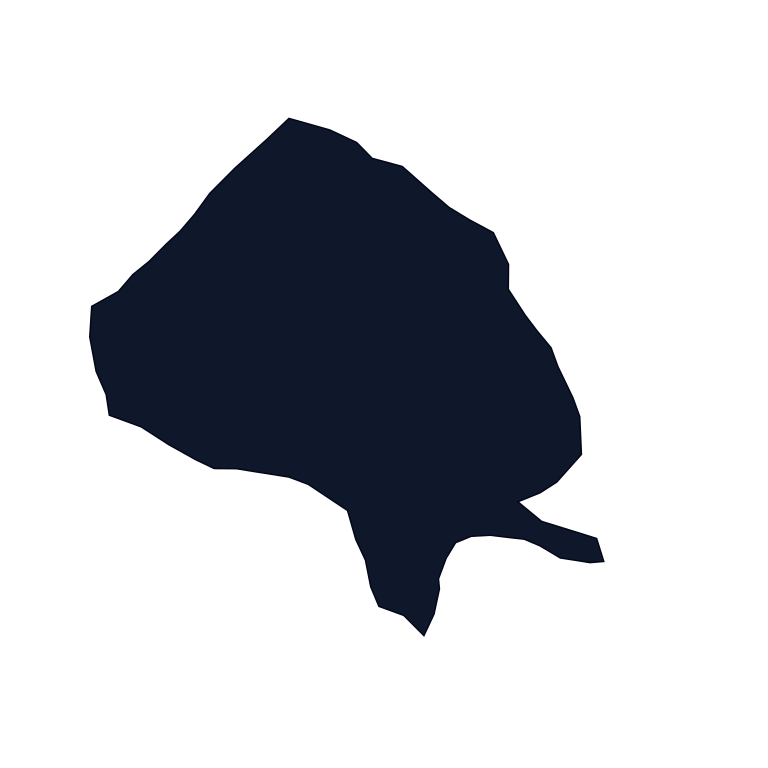 the district of Gypsou, Cyprus, rotated 126°
{"feature_id": "46923920B91151164993764", "entity_name": "Gypsou", "entity_type": "district", "adm_level": 2, "iso_a3": "CYP", "parent_name": "Cyprus", "parent_adm1": "", "projection": "robinson", "projection_center": [33.795, 35.283], "detail": "fine", "context": "isolated", "style": "filled", "palette": "ink", "viewbox_px": 768, "rotation_deg": 126, "n_neighbors": 0, "source": "geoboundaries", "source_scale": "gbopen_adm2", "svg_char_len": 999}
<svg xmlns="http://www.w3.org/2000/svg" viewBox="0 0 768 768"><g transform="rotate(126 384 384)"><path d="M398.4,101.9L384.0,121.2L393.2,148.4L402.5,175.7L400.6,206.5L380.3,193.8L361.8,186.6L324.9,182.9L295.3,206.5L284.2,222.9L267.6,253.7L256.5,270.1L250.9,291.9L245.4,310.0L234.3,339.1L214.0,353.6L197.3,384.5L201.0,411.7L202.9,435.3L201.0,459.0L197.3,497.1L208.4,526.2L204.7,548.0L210.3,577.0L225.0,617.0L254.6,622.5L297.1,631.5L332.2,637.0L358.1,637.0L380.3,638.8L398.8,642.4L422.8,646.1L443.1,651.5L465.3,653.3L493.0,666.1L518.9,649.7L543.0,624.3L555.9,602.5L570.7,587.9L561.4,555.2L559.6,522.5L555.9,491.7L552.2,471.7L539.2,453.5L530.0,435.3L515.2,406.3L509.7,386.3L507.8,339.1L526.3,315.5L537.4,295.5L555.9,275.5L566.9,257.4L559.6,232.0L564.1,203.8L540.7,208.3L530.8,212.7L517.2,218.7L509.6,225.4L488.4,231.3L470.3,232.8L455.9,223.9L443.8,209.0L433.9,191.2L427.1,179.3L423.3,162.9L421.1,139.1L412.7,122.8L407.4,112.3L398.4,101.9Z" fill="#0f172a" stroke="#020617" stroke-width="1.5"/></g></svg>